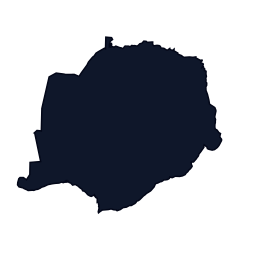 San Juan Tabaá, Oaxaca, Mexico, rotated 194°
{"feature_id": "50627088B48503971747263", "entity_name": "San Juan Tabaá", "entity_type": "district", "adm_level": 2, "iso_a3": "MEX", "parent_name": "Mexico", "parent_adm1": "Oaxaca", "projection": "robinson", "projection_center": [-96.222, 17.319], "detail": "fine", "context": "isolated", "style": "filled", "palette": "ink", "viewbox_px": 256, "rotation_deg": 194, "n_neighbors": 0, "source": "geoboundaries", "source_scale": "gbopen_adm2", "svg_char_len": 3444}
<svg xmlns="http://www.w3.org/2000/svg" viewBox="0 0 256 256"><g transform="rotate(194 128 128)"><path d="M221.4,46.1L219.5,44.5L215.1,44.5L214.3,44.1L211.2,43.6L209.8,43.2L205.7,44.5L204.3,44.7L202.2,46.2L201.4,46.4L200.4,46.9L198.5,48.5L197.6,49.6L195.1,51.1L192.1,53.6L188.2,55.5L185.5,56.6L181.6,57.9L180.8,58.4L180.5,58.7L180.0,59.1L179.4,59.4L177.6,59.3L177.0,59.7L177.1,59.9L175.3,60.4L175.6,60.9L174.8,60.8L175.1,61.5L174.3,61.3L174.5,61.8L172.8,61.2L172.9,61.6L172.0,60.9L170.2,60.7L167.9,59.2L166.6,59.9L166.2,60.2L164.9,60.4L164.0,60.0L162.7,59.7L160.3,58.4L157.9,57.5L156.8,56.1L154.9,56.1L152.9,55.0L151.6,54.0L150.8,53.5L148.2,52.8L147.0,52.8L144.8,54.7L143.7,53.8L143.8,54.4L142.0,52.6L140.8,52.3L140.0,48.8L139.8,49.1L139.4,48.7L138.6,47.8L137.5,45.7L137.5,44.7L137.1,44.2L136.7,43.2L136.6,39.5L136.1,38.6L134.7,40.4L134.1,41.0L133.4,41.8L133.3,42.1L127.4,44.1L124.8,45.4L122.3,45.2L119.6,45.6L118.6,45.1L115.7,47.0L113.6,49.5L110.3,50.9L107.9,53.1L105.8,53.7L105.3,54.3L104.2,55.4L103.2,56.2L102.2,57.7L102.1,58.8L102.0,59.0L100.3,60.1L99.3,61.3L98.3,62.9L96.6,65.8L95.0,67.7L94.3,69.0L93.4,69.8L91.0,72.3L90.6,72.9L88.4,77.2L87.9,80.5L86.9,81.2L85.7,81.9L83.9,83.5L82.6,84.1L81.5,85.1L80.9,86.1L80.7,86.3L79.2,86.7L77.3,87.5L77.0,87.7L75.8,88.9L75.5,90.6L74.3,90.4L72.9,90.6L70.5,92.6L67.1,93.3L66.4,93.4L63.6,94.7L61.3,96.6L60.7,98.3L59.3,100.3L59.0,101.5L57.8,103.2L56.9,105.0L56.5,106.5L57.5,107.7L57.9,108.6L58.6,110.0L57.7,110.4L56.2,110.9L54.9,113.5L54.4,114.4L53.7,116.4L53.2,117.2L53.0,118.0L52.9,119.0L52.8,120.3L52.0,121.7L49.7,127.6L50.0,128.2L50.0,129.9L50.0,130.1L46.6,128.5L46.0,127.2L44.6,126.9L41.0,126.9L38.8,128.0L36.6,130.7L35.5,133.1L34.2,138.4L34.5,139.7L36.3,141.1L36.9,142.2L36.9,143.3L36.9,145.0L38.7,145.5L41.0,147.5L43.1,148.1L44.0,149.9L44.2,151.0L44.5,152.2L44.6,154.5L45.0,156.0L45.1,157.4L45.8,158.5L46.5,159.5L46.6,160.7L46.7,162.8L46.8,165.8L47.4,167.0L48.7,168.8L54.7,170.9L56.3,174.7L59.0,179.8L61.4,183.3L62.4,186.7L62.0,188.4L62.5,190.7L63.9,192.1L63.8,193.3L64.6,195.2L64.4,197.0L65.4,199.2L66.0,202.0L66.8,202.2L67.7,202.1L67.8,203.8L69.1,204.6L69.6,205.6L70.8,204.6L70.3,207.8L70.8,208.6L73.2,208.9L73.2,209.9L72.3,211.2L72.6,211.8L74.3,211.2L78.2,212.2L79.3,212.7L79.4,213.4L82.1,212.3L85.5,211.8L90.8,210.1L93.5,210.9L93.5,211.2L97.5,211.7L97.8,212.8L102.1,214.0L102.4,215.7L103.8,213.9L106.3,214.5L106.7,215.3L108.4,213.2L109.2,212.9L112.4,214.0L115.5,213.6L116.3,215.0L117.7,215.5L119.9,215.2L122.8,214.0L124.3,215.0L124.8,217.4L125.4,217.3L129.3,216.0L130.2,215.8L131.3,216.5L133.7,216.1L135.0,213.6L136.9,212.6L138.1,210.6L138.9,209.7L140.2,209.6L141.2,209.6L143.4,209.0L144.2,209.1L145.8,207.2L146.1,207.2L146.9,207.6L150.5,206.8L151.0,206.4L151.6,204.7L152.3,203.8L153.9,204.1L155.5,204.0L159.6,204.5L160.5,203.7L161.0,202.8L161.4,203.1L162.3,203.2L162.9,203.2L163.9,202.4L164.5,202.2L165.2,202.8L165.7,202.3L166.0,203.7L164.1,204.0L163.9,204.7L164.5,206.0L166.2,204.9L166.1,208.0L164.4,210.1L165.8,211.7L171.5,210.8L169.0,199.4L170.2,199.7L175.3,194.8L177.1,192.9L178.2,189.9L178.4,189.4L179.0,188.9L179.9,187.4L181.5,184.1L182.3,182.4L183.0,179.1L186.5,170.5L188.0,166.2L193.1,167.0L196.1,166.2L201.5,164.8L203.2,164.8L211.0,163.9L216.9,158.5L216.3,126.2L211.4,104.2L215.7,103.6L217.7,100.6L217.3,100.6L204.6,74.3L214.7,70.9L212.0,59.1L214.0,53.2L217.5,54.6L220.8,53.8L221.7,52.3L221.7,51.0L221.8,48.5L221.4,46.1Z" fill="#0f172a" stroke="#020617" stroke-width="1.5"/></g></svg>